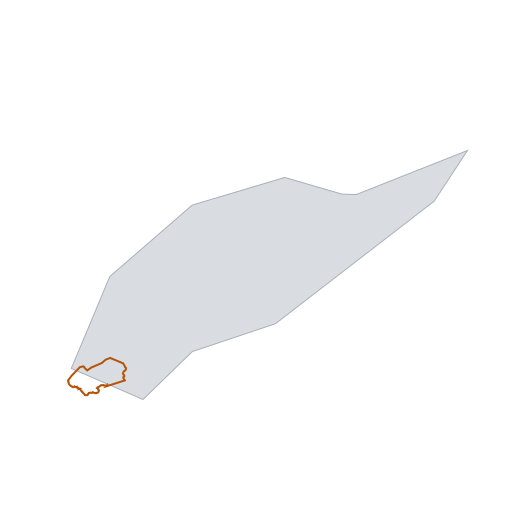 Ordome, Palau shown in context, rotated 43°
{"feature_id": "81905179B69517244030983", "entity_name": "Ordome", "entity_type": "district", "adm_level": 2, "iso_a3": "PLW", "parent_name": "Palau", "parent_adm1": "", "projection": "albers", "projection_center": [134.556, 7.371], "detail": "fine", "context": "in_parent", "style": "outline", "palette": "amber", "viewbox_px": 512, "rotation_deg": 43, "n_neighbors": 0, "source": "geoboundaries", "source_scale": "gbopen_adm2", "svg_char_len": 3837}
<svg xmlns="http://www.w3.org/2000/svg" viewBox="0 0 512 512"><g transform="rotate(43 256 256)"><path d="M271.2,438.0L197.6,464.2L163.1,370.7L174.6,262.3L223.4,179.0L276.4,152.3L287.3,142.8L338.7,34.6L348.9,94.3L316.4,292.2L274.6,369.3L271.2,438.0Z" fill="#d9dde1" stroke="#a8b0b8" stroke-width="1"/><path d="M203.4,475.1L203.6,475.2L203.8,475.2L203.9,475.3L204.0,475.3L204.1,475.5L204.3,475.8L204.4,476.0L204.6,476.1L204.8,476.2L205.0,476.2L205.0,476.3L205.3,476.5L205.6,476.6L206.0,476.9L206.3,477.1L206.7,477.2L207.1,477.3L207.4,477.3L207.5,477.4L208.0,477.4L208.5,477.4L208.8,477.4L209.0,477.3L209.4,477.3L209.5,477.2L209.8,477.1L210.0,477.0L210.3,477.1L210.6,477.0L210.8,477.0L210.9,476.9L211.0,476.9L211.3,476.8L211.7,476.7L212.0,476.4L212.2,476.2L212.4,475.9L212.5,475.5L212.4,475.3L212.5,475.3L212.7,475.2L212.8,475.0L213.2,474.8L213.2,474.7L213.2,474.8L213.4,474.7L213.5,474.6L213.9,474.5L214.0,474.4L214.1,474.1L214.2,473.9L214.3,474.0L214.5,474.2L214.9,474.2L215.1,474.2L215.4,474.0L215.5,474.0L215.7,473.9L215.8,473.9L215.8,474.0L216.0,473.9L216.2,473.7L216.3,473.7L216.4,473.8L216.4,473.7L216.5,473.7L216.8,473.7L217.0,473.7L217.3,473.6L217.5,473.5L217.7,473.3L217.7,473.2L217.8,473.1L218.0,473.0L218.0,473.3L218.1,473.2L218.3,473.2L218.4,473.3L218.5,473.3L218.8,473.5L219.0,473.6L219.3,473.7L219.6,473.7L219.7,473.8L220.0,473.8L220.5,473.8L220.8,473.9L221.0,473.9L221.3,473.8L221.5,473.9L221.5,474.0L221.9,474.0L222.0,474.0L222.0,473.9L222.2,474.0L222.4,474.0L222.6,474.1L222.9,474.0L223.0,474.0L223.3,474.0L223.6,474.0L223.8,474.0L224.0,474.0L224.3,474.1L224.5,474.1L224.9,474.2L225.1,474.2L225.4,474.3L225.5,474.4L225.8,474.4L226.0,474.2L226.3,474.0L226.5,473.8L226.6,473.7L226.8,473.5L226.9,473.4L227.0,473.3L227.2,473.2L227.3,473.0L227.4,472.9L227.4,472.7L227.5,472.6L227.5,472.4L227.6,472.2L227.6,471.9L227.5,471.7L227.3,471.3L227.3,471.2L227.2,471.1L227.2,470.9L227.2,470.4L227.1,470.2L227.3,470.0L227.5,469.9L227.5,469.7L227.7,469.4L227.8,469.2L228.1,468.9L228.3,468.8L228.3,468.7L228.5,468.6L228.8,468.4L229.0,468.3L229.2,468.1L229.3,468.0L229.3,467.8L229.4,467.7L229.5,467.5L229.7,467.4L229.8,467.1L229.7,467.0L229.5,466.4L229.5,466.0L229.7,466.6L229.8,466.9L230.0,466.9L230.5,466.8L230.8,466.6L231.2,466.4L231.3,466.3L231.6,466.1L231.8,466.0L232.0,466.0L232.1,465.9L232.1,465.7L232.2,465.4L232.3,465.3L232.4,465.2L232.5,465.2L232.8,465.0L232.9,464.8L233.0,464.8L233.0,464.7L233.1,464.4L233.2,464.2L233.4,463.9L233.5,463.7L233.6,463.4L233.5,463.0L233.4,462.8L233.3,462.5L233.2,462.2L233.0,461.8L233.0,461.7L232.8,461.7L232.4,461.5L232.3,461.4L232.2,461.4L231.9,461.3L231.7,461.2L231.7,461.3L231.5,461.2L231.5,460.9L231.3,460.9L231.0,460.8L230.8,460.8L230.6,460.8L230.2,460.9L230.0,461.0L229.9,461.0L229.7,461.1L229.6,460.9L229.6,460.7L229.4,460.7L229.2,460.6L229.3,460.6L229.4,460.4L229.5,460.3L229.7,460.2L229.9,459.8L230.1,459.4L230.2,459.1L230.3,458.9L230.4,458.6L230.4,458.4L230.5,458.3L230.5,458.0L230.5,457.9L230.5,457.7L230.5,457.3L230.7,457.0L230.7,456.7L230.9,456.5L231.0,456.3L230.9,456.1L231.0,456.0L231.1,455.8L231.3,455.8L231.4,455.7L231.5,455.6L231.7,455.4L231.9,455.1L232.0,455.2L232.3,455.0L232.2,454.9L232.6,454.4L232.8,454.2L233.2,454.1L233.5,454.0L233.8,453.8L233.9,453.7L234.1,453.6L234.3,453.4L234.5,453.1L234.8,452.8L234.9,452.7L235.0,452.6L235.0,452.3L235.3,452.6L235.4,453.1L235.4,453.4L244.9,436.5L244.3,436.3L243.9,436.4L243.3,436.2L242.8,435.8L241.9,435.5L241.6,435.2L241.8,434.2L241.7,433.7L241.1,433.2L240.7,433.1L239.3,433.0L238.9,432.6L238.6,432.1L238.3,431.4L238.0,430.5L238.2,429.7L238.3,429.4L238.5,428.8L238.1,427.9L237.8,427.0L237.4,426.6L235.6,426.4L234.9,426.0L232.0,425.1L218.9,430.0L216.8,434.2L216.2,439.5L211.6,449.9L210.6,454.8L206.8,454.7L206.0,454.3L204.9,454.5L203.0,457.4L202.8,469.6L203.4,474.9L203.4,475.1Z" fill="none" stroke="#b45309" stroke-width="2"/></g></svg>